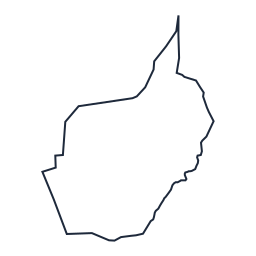 the district of Monguel, Gorgol, Mauritania
{"feature_id": "47542326B31251685847111", "entity_name": "Monguel", "entity_type": "district", "adm_level": 2, "iso_a3": "MRT", "parent_name": "Mauritania", "parent_adm1": "Gorgol", "projection": "mercator", "projection_center": [-12.888, 16.524], "detail": "fine", "context": "isolated", "style": "outline", "palette": "slate", "viewbox_px": 256, "rotation_deg": 0, "n_neighbors": 0, "source": "geoboundaries", "source_scale": "gbopen_adm2", "svg_char_len": 1012}
<svg xmlns="http://www.w3.org/2000/svg" viewBox="0 0 256 256"><path d="M42.4,171.8L53.8,199.5L66.8,234.0L91.9,233.1L109.0,240.3L114.5,240.6L121.0,237.1L131.1,235.8L136.0,235.3L143.0,233.7L150.7,221.1L153.2,219.4L153.9,217.2L154.4,214.8L154.8,212.6L155.8,210.8L158.3,208.7L160.1,205.4L161.6,202.9L163.3,200.3L164.3,198.2L165.6,197.0L168.8,192.7L171.0,189.6L172.4,185.3L174.1,183.2L175.8,182.2L177.6,182.3L180.4,180.8L181.0,180.3L185.5,180.3L186.4,179.0L184.8,175.0L184.8,173.6L185.3,172.5L187.8,171.8L188.5,171.3L190.6,171.2L191.8,170.9L195.2,169.1L196.6,165.5L197.8,163.2L198.2,160.5L197.1,157.3L197.6,155.6L200.8,155.0L201.9,151.3L201.0,142.7L202.3,140.6L206.4,136.6L213.6,121.2L208.8,111.9L206.9,107.5L203.1,96.5L203.7,92.6L200.0,87.0L196.0,80.5L184.4,76.9L182.2,74.9L176.7,72.9L179.1,58.0L178.4,34.8L178.5,15.4L176.3,31.2L166.1,46.3L154.2,61.3L153.6,69.5L145.2,87.3L136.8,96.4L132.5,98.2L78.6,106.2L65.3,121.8L62.9,155.0L55.3,155.6L55.7,167.6L42.4,171.8Z" fill="none" stroke="#1e293b" stroke-width="2"/></svg>